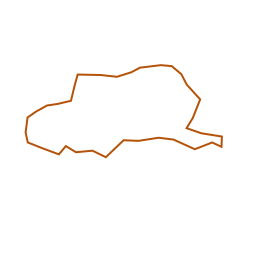 Kampia, Nicosia, Cyprus (orthographic projection), rotated 40°
{"feature_id": "46923920B79725215059171", "entity_name": "Kampia", "entity_type": "district", "adm_level": 2, "iso_a3": "CYP", "parent_name": "Cyprus", "parent_adm1": "Nicosia", "projection": "orthographic", "projection_center": [33.243, 34.987], "detail": "fine", "context": "isolated", "style": "outline", "palette": "amber", "viewbox_px": 256, "rotation_deg": 40, "n_neighbors": 0, "source": "geoboundaries", "source_scale": "gbopen_adm2", "svg_char_len": 566}
<svg xmlns="http://www.w3.org/2000/svg" viewBox="0 0 256 256"><g transform="rotate(40 128 128)"><path d="M211.7,82.3L205.4,74.2L187.4,85.0L173.0,90.5L171.2,78.7L164.9,59.7L145.1,57.0L134.3,52.5L121.7,52.5L112.7,58.8L98.3,74.2L94.7,83.2L86.6,95.9L73.1,104.9L55.1,119.4L59.6,129.3L66.8,143.8L58.7,154.7L51.5,162.8L47.0,174.5L44.3,184.5L52.4,197.2L60.5,203.5L76.7,198.1L92.0,192.6L92.0,181.8L103.7,180.0L115.4,168.2L129.8,164.6L132.5,140.2L144.2,131.2L157.7,115.8L170.3,107.6L192.8,101.3L201.8,85.0L211.7,82.3Z" fill="none" stroke="#b45309" stroke-width="2"/></g></svg>